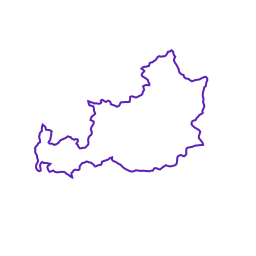 Machado, Minas Gerais, Brazil (Robinson projection), rotated 127°
{"feature_id": "56859067B17778332450588", "entity_name": "Machado", "entity_type": "district", "adm_level": 2, "iso_a3": "BRA", "parent_name": "Brazil", "parent_adm1": "Minas Gerais", "projection": "robinson", "projection_center": [-45.896, -21.677], "detail": "fine", "context": "isolated", "style": "outline", "palette": "violet", "viewbox_px": 256, "rotation_deg": 127, "n_neighbors": 0, "source": "geoboundaries", "source_scale": "gbopen_adm2", "svg_char_len": 4642}
<svg xmlns="http://www.w3.org/2000/svg" viewBox="0 0 256 256"><g transform="rotate(127 128 128)"><path d="M96.2,57.9L94.8,59.8L94.3,61.9L93.9,63.2L93.4,65.4L91.7,66.6L90.2,67.0L89.1,67.5L87.6,67.9L86.9,70.1L87.1,72.0L87.3,73.7L87.5,75.2L87.3,77.8L86.8,79.5L85.4,80.4L83.9,80.7L82.2,79.9L81.2,78.8L79.9,79.0L78.1,79.1L76.6,78.8L74.8,78.8L72.9,78.0L70.9,77.3L69.7,78.8L68.2,79.2L66.2,79.6L64.4,80.3L63.2,82.0L62.0,83.8L60.3,84.5L58.6,86.0L57.3,87.7L55.8,88.7L54.8,89.3L53.3,90.1L51.5,90.6L49.7,91.6L47.8,91.1L46.0,92.1L44.3,92.9L42.5,93.2L40.7,94.5L40.3,96.8L42.1,98.2L43.4,98.9L44.6,99.5L45.9,100.0L47.0,100.9L48.3,102.2L49.9,103.6L51.2,104.3L52.3,105.2L52.5,107.5L52.4,109.4L53.1,110.6L53.7,111.9L53.5,113.9L52.2,115.6L52.9,117.2L52.8,119.8L52.1,121.4L50.7,122.7L49.7,124.6L48.9,126.2L48.3,127.6L47.6,129.8L46.4,132.1L44.5,132.8L42.6,133.2L42.3,134.8L41.3,136.5L39.8,138.0L39.8,140.1L41.9,140.6L42.9,141.9L45.5,141.5L47.4,141.4L48.7,142.0L49.7,143.3L50.7,144.0L51.5,145.1L51.9,146.4L53.5,147.0L55.3,146.9L57.1,146.8L58.8,147.6L60.8,148.0L61.8,149.0L62.9,149.8L64.4,149.2L65.9,148.6L66.8,149.6L68.2,150.3L69.2,151.8L71.0,152.8L72.5,153.0L72.4,150.7L72.6,149.3L74.0,149.2L75.3,149.5L76.7,149.3L77.9,148.5L78.0,146.9L77.8,145.4L77.6,143.1L77.7,141.1L78.5,140.0L79.2,138.9L79.9,137.5L80.9,136.7L81.8,137.7L82.4,139.1L83.9,140.3L85.6,141.0L86.6,139.6L87.9,138.0L89.8,137.9L91.2,137.5L92.4,136.9L93.7,137.2L95.1,138.0L96.8,138.8L98.2,139.4L99.1,140.5L99.7,142.3L100.4,144.1L101.7,145.0L103.1,144.2L104.3,143.4L106.2,142.5L107.7,144.1L108.8,145.9L109.9,146.8L111.0,148.3L112.2,149.2L113.7,148.8L115.4,148.5L117.7,149.6L118.1,152.2L118.8,154.1L119.3,156.0L118.4,156.9L117.7,158.2L118.1,160.2L119.2,160.9L120.5,161.3L120.9,162.8L120.7,164.2L121.2,165.9L122.6,166.1L123.7,164.7L125.1,164.9L126.4,166.1L127.5,168.5L128.7,169.5L128.8,171.0L129.7,172.8L130.0,174.5L130.5,175.9L131.8,174.5L133.0,172.6L132.3,170.6L131.6,168.8L132.9,167.0L134.7,165.6L135.4,164.1L136.3,162.8L138.1,163.1L139.4,163.5L140.8,163.8L142.3,163.5L144.2,162.8L143.8,160.9L143.5,159.2L145.2,158.1L147.3,157.9L148.8,157.7L150.3,157.4L151.8,156.6L152.7,154.8L154.2,153.6L155.6,153.3L157.5,153.8L159.3,153.7L160.7,153.1L162.0,152.4L163.1,151.1L164.8,149.9L166.0,149.9L167.6,150.1L169.2,150.3L170.2,151.1L171.2,152.2L172.3,153.1L173.2,154.1L173.0,155.7L171.9,157.9L171.6,159.8L170.0,159.8L168.5,160.2L167.5,161.3L168.2,163.0L169.7,163.7L170.4,166.9L169.8,168.4L170.4,169.6L170.9,171.1L172.5,171.5L174.0,172.0L175.1,172.8L176.4,173.4L178.1,174.4L179.9,174.7L181.7,174.6L183.9,175.4L185.9,176.7L186.3,179.5L187.6,181.0L187.4,182.8L185.9,183.1L184.4,182.8L182.9,183.8L181.4,184.4L179.7,185.2L178.0,186.4L176.6,186.9L176.6,188.4L177.2,189.9L178.0,191.2L178.7,192.5L177.9,193.5L177.0,194.4L176.8,196.2L176.6,198.1L178.1,197.7L180.0,196.7L181.2,195.9L182.3,194.9L183.6,195.3L185.1,195.3L186.4,194.6L188.2,193.9L189.7,192.4L190.6,191.0L192.3,189.7L194.5,190.5L195.9,190.0L197.6,190.4L200.0,190.2L200.8,189.1L202.1,188.4L203.5,187.2L204.2,185.6L204.8,184.0L206.3,182.8L207.4,181.1L208.8,179.7L211.4,179.4L212.8,179.0L214.2,178.3L215.5,176.8L216.2,174.9L216.0,173.0L214.7,172.1L213.2,173.2L211.9,174.8L210.5,175.9L209.2,176.2L208.0,176.4L206.7,176.0L206.7,174.2L205.6,173.0L204.8,171.8L204.3,170.4L203.4,168.4L205.1,168.6L206.5,169.3L208.1,168.6L208.9,167.4L209.7,166.0L210.2,164.3L209.0,163.3L207.0,162.2L207.0,160.1L206.4,158.4L205.5,157.2L204.1,156.0L202.7,154.3L201.5,152.5L201.3,151.0L201.6,149.5L201.3,148.0L201.3,146.4L201.3,144.4L201.0,142.9L199.5,144.8L197.9,146.1L196.2,145.7L194.5,145.9L193.1,145.1L192.4,143.9L191.5,142.3L190.0,141.9L189.0,142.7L187.3,143.6L185.1,143.5L183.4,143.4L182.2,142.2L181.0,141.6L179.6,140.9L178.9,138.5L178.0,136.8L177.9,134.8L178.2,132.6L178.6,131.1L177.5,130.2L176.3,129.8L175.1,128.9L173.5,127.4L171.9,127.8L170.7,128.5L169.0,127.5L167.5,126.4L165.7,125.2L164.3,124.6L162.5,124.2L161.0,123.0L162.8,122.0L163.2,120.4L163.0,119.0L162.4,117.2L162.4,115.5L162.2,113.9L161.8,111.7L162.3,109.5L162.4,107.8L162.3,105.8L162.1,104.3L161.8,102.7L161.5,101.2L160.8,99.2L159.6,97.8L158.3,96.9L157.0,96.3L156.0,94.4L154.9,92.6L154.0,91.1L152.6,89.8L151.6,87.7L150.6,86.5L149.7,84.8L148.2,83.9L147.1,82.5L145.4,82.7L144.0,82.5L142.9,80.9L142.6,78.8L141.7,77.5L140.3,77.0L138.5,76.8L136.8,75.9L135.1,75.6L134.5,73.8L133.8,72.1L132.8,70.6L131.2,69.4L129.8,68.2L127.9,67.6L126.2,68.2L124.5,69.1L122.8,70.3L121.4,71.0L119.9,70.9L118.4,70.1L117.5,68.9L117.0,66.2L115.0,65.7L113.3,65.9L112.0,67.2L110.8,68.0L109.2,68.9L107.7,68.4L106.3,67.2L104.4,65.4L102.7,64.4L101.6,63.7L100.3,62.2L98.9,60.9L97.8,59.5L96.2,57.9Z" fill="none" stroke="#5b21b6" stroke-width="2"/></g></svg>